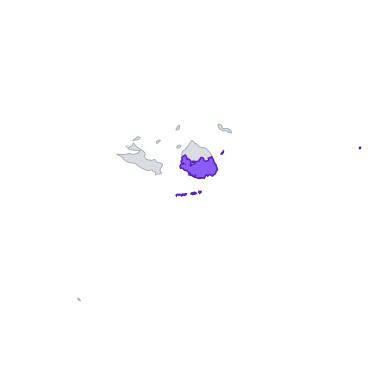 Western highlighted on a map of Fiji, rotated 229°
{"feature_id": "FJI-2620", "entity_name": "Western", "entity_type": "Division", "adm_level": 1, "iso_a3": "FJI", "parent_name": "Fiji", "parent_adm1": "", "projection": "natural_earth1", "projection_center": [177.638, -19.194], "detail": "fine", "context": "in_parent", "style": "filled", "palette": "violet", "viewbox_px": 384, "rotation_deg": 229, "n_neighbors": 0, "source": "natural_earth", "source_scale": "10m", "svg_char_len": 7007}
<svg xmlns="http://www.w3.org/2000/svg" viewBox="0 0 384 384"><g transform="rotate(229 192 192)"><path d="M219.9,201.3L219.9,202.8L220.8,203.4L221.6,203.5L223.7,206.4L226.9,208.9L228.9,210.8L229.0,212.4L228.4,214.1L229.2,217.1L229.6,220.3L231.1,225.3L229.0,226.3L225.9,226.4L225.1,227.3L224.0,226.8L221.4,227.1L218.9,228.8L216.5,231.0L213.7,231.1L210.6,231.5L207.5,231.2L205.3,230.0L201.4,228.7L196.3,227.6L194.1,226.7L192.4,225.2L190.7,221.5L190.5,219.7L190.7,217.9L192.2,217.3L193.5,216.5L193.7,215.3L194.2,214.5L194.9,214.2L195.3,213.7L194.8,211.8L194.6,210.1L197.6,207.0L200.9,204.3L206.6,201.8L210.2,202.1L215.6,200.2L217.3,199.3L219.0,199.8L219.9,201.3ZM269.5,160.5L265.2,165.0L263.6,167.3L262.3,169.9L258.5,172.7L256.9,176.4L257.1,180.1L260.8,176.2L264.9,173.0L266.2,172.4L267.5,172.4L267.4,173.5L266.8,174.6L266.3,177.4L267.4,180.0L264.3,179.8L261.3,180.0L257.6,181.5L254.1,182.1L252.8,182.1L251.5,181.6L250.7,180.9L250.0,179.1L249.3,178.9L246.5,178.9L242.3,182.4L240.9,185.3L239.3,185.4L237.3,184.8L235.0,187.1L232.2,187.9L231.0,186.0L230.3,183.6L229.3,181.9L226.2,181.5L226.7,179.4L227.5,178.5L228.2,177.3L228.7,175.9L230.2,176.8L231.7,177.3L233.3,176.3L235.1,176.2L236.8,173.1L239.6,171.2L243.3,169.6L247.2,168.5L249.2,168.3L251.1,167.7L254.4,164.8L256.6,163.3L259.0,162.4L261.3,161.8L263.5,162.3L265.2,162.1L269.6,160.0L269.5,160.5ZM225.8,255.6L225.8,257.0L222.1,258.0L220.9,256.8L220.1,256.6L217.9,258.7L217.3,259.6L217.1,260.3L216.5,260.6L212.4,261.6L210.7,260.6L211.9,259.9L213.3,258.5L214.8,258.7L216.3,257.4L217.8,255.4L219.9,255.0L221.4,254.2L223.9,254.8L225.8,255.6ZM269.5,187.4L267.3,188.7L266.5,187.5L267.5,184.5L269.5,181.4L269.5,183.9L269.5,187.4ZM250.6,226.0L250.4,226.3L247.9,223.6L248.0,222.5L248.4,221.6L249.4,220.7L250.3,222.2L251.0,224.8L250.6,226.0ZM235.7,213.4L234.2,214.0L233.4,211.9L234.5,209.8L235.8,209.6L236.4,211.8L235.7,213.4ZM252.8,201.1L251.8,202.0L251.4,197.4L252.4,197.4L253.1,197.9L253.5,199.1L252.8,201.1ZM189.8,193.7L188.4,194.2L189.1,191.5L190.0,190.7L190.5,190.5L191.4,190.3L191.0,192.2L189.8,193.7ZM186.5,36.5L185.4,36.9L183.5,36.6L183.2,36.0L183.7,35.9L184.9,35.5L186.4,35.7L186.7,36.1L186.5,36.5ZM269.5,173.1L269.1,173.1L269.1,172.5L269.5,171.4L269.5,173.1Z" fill="#d9dde1" stroke="#a8b0b8" stroke-width="1"/><path d="M205.6,230.1L203.2,229.4L202.5,229.3L201.7,229.0L200.1,228.2L199.4,228.3L198.6,227.9L198.2,227.8L196.8,227.9L196.5,227.9L196.2,227.7L195.8,227.3L195.7,227.2L193.7,226.6L192.8,226.1L192.1,225.1L191.9,225.3L191.8,225.0L191.8,224.3L191.8,223.9L191.7,223.7L191.4,223.3L191.3,222.9L191.2,222.7L190.7,222.4L190.7,222.2L190.8,221.9L190.7,221.6L190.5,221.3L190.4,220.9L190.4,220.7L190.8,220.1L190.9,219.7L190.9,219.3L190.8,219.1L190.6,218.8L190.6,218.5L190.8,217.8L191.2,217.5L192.5,217.4L193.3,217.1L193.5,217.0L193.8,216.6L193.8,216.3L193.8,216.0L193.7,215.7L193.7,214.5L193.8,214.1L194.1,214.1L195.1,214.4L195.3,214.4L195.6,214.1L195.6,213.9L195.5,213.6L195.5,213.4L195.4,213.0L195.3,212.3L195.3,212.0L195.2,211.7L194.7,211.4L194.5,211.1L194.3,210.4L194.7,210.0L195.2,209.8L195.5,209.2L195.6,208.9L196.2,208.8L196.5,208.6L196.6,208.2L196.5,207.8L196.6,207.5L196.9,207.2L197.2,207.6L197.5,207.5L197.6,207.1L197.5,206.7L197.7,206.2L197.9,205.8L198.2,205.6L198.5,206.0L199.8,204.9L201.0,204.1L201.1,203.9L201.2,203.7L201.3,203.6L201.5,203.5L201.9,203.6L202.0,203.7L201.9,203.7L201.7,204.0L201.8,204.6L202.0,205.2L202.2,205.6L202.4,205.4L202.2,204.9L202.1,204.5L202.1,204.1L202.2,203.7L202.4,203.5L203.4,202.9L203.5,202.8L204.7,203.3L204.8,203.1L204.9,202.7L205.0,202.3L205.1,202.1L205.4,202.0L205.6,201.8L205.8,201.7L206.3,201.6L206.5,201.4L206.9,201.1L207.0,201.0L207.1,201.5L207.1,201.9L207.0,202.2L206.9,202.5L206.7,202.8L207.2,203.0L207.6,202.7L207.9,202.2L208.3,201.9L208.9,202.3L209.8,202.4L210.6,202.3L211.3,202.1L212.1,201.7L212.4,201.4L212.7,201.1L213.1,200.8L213.8,200.7L214.2,200.5L215.2,200.6L216.2,200.4L217.1,199.8L217.4,198.9L218.0,199.1L218.8,199.5L219.4,200.0L219.7,200.6L219.8,201.0L220.1,201.7L220.1,202.1L219.9,202.5L219.2,203.3L218.9,203.7L219.2,203.9L219.3,204.2L219.2,204.4L218.9,204.6L219.3,204.6L220.1,203.5L220.6,203.3L221.3,203.3L221.9,203.6L222.4,204.0L222.7,204.6L222.7,204.9L222.6,205.3L222.7,205.6L222.8,205.6L223.3,206.1L223.4,206.3L223.5,206.4L224.7,207.3L224.8,207.3L224.8,207.6L224.7,209.1L224.5,210.6L224.3,210.9L224.1,211.2L223.9,211.2L223.6,211.2L223.0,210.9L222.7,210.7L222.2,210.6L221.7,210.6L221.4,210.6L221.1,210.5L220.4,209.9L220.2,209.8L219.9,209.9L219.8,210.0L219.8,210.3L219.7,210.6L219.4,210.9L218.9,211.1L218.0,211.3L216.4,211.4L215.9,211.3L215.4,211.2L215.2,211.0L214.9,210.7L214.7,210.4L213.9,209.1L213.3,208.3L213.1,208.0L212.8,207.9L212.6,208.1L212.6,208.4L212.6,208.7L212.8,209.4L212.9,209.7L212.8,210.0L212.7,210.3L212.3,211.0L212.1,211.3L212.1,211.7L212.0,213.6L212.1,213.8L212.3,213.9L212.6,213.7L213.4,212.6L213.7,212.3L214.0,212.1L214.4,212.0L214.6,212.0L214.7,212.5L214.7,212.8L214.5,213.1L214.1,213.5L213.6,213.8L212.9,214.4L211.6,216.0L211.5,216.3L211.4,216.7L211.3,216.9L211.2,217.2L211.1,217.4L211.0,217.7L211.0,217.9L211.2,218.2L211.4,218.4L211.6,218.6L211.7,218.9L211.5,219.4L211.5,219.7L211.5,219.9L211.6,220.1L211.8,220.3L212.0,220.5L212.1,221.0L211.8,222.0L211.6,222.2L211.3,222.4L210.6,222.5L210.3,222.6L210.0,222.6L207.8,221.9L207.4,221.9L207.1,221.9L206.6,222.1L206.3,222.3L206.1,222.6L205.9,223.3L205.8,223.6L205.4,224.3L205.2,224.5L205.2,224.8L205.2,225.1L205.4,225.8L205.5,226.0L205.8,226.3L206.0,226.3L206.7,226.3L206.8,226.4L206.9,226.5L206.2,227.8L206.1,228.1L206.0,228.3L206.0,229.3L205.9,229.7L205.6,230.1ZM190.9,191.4L191.0,191.2L191.3,190.3L191.5,190.7L191.5,191.1L191.4,191.6L191.1,191.9L190.9,192.5L190.1,193.2L190.0,193.7L189.8,193.6L189.7,193.5L189.6,193.3L189.3,193.5L189.1,193.7L189.0,194.0L189.0,194.4L188.2,194.2L188.5,194.0L188.5,193.6L188.4,193.2L188.5,192.7L188.9,192.4L189.0,192.1L189.1,191.7L189.2,191.4L189.4,191.2L190.0,190.6L190.3,190.5L190.6,191.2L190.8,191.4L190.9,191.4ZM199.2,177.7L199.8,177.8L200.1,178.0L200.2,178.5L200.0,179.1L199.8,179.5L199.3,179.9L199.2,180.2L199.1,180.3L197.3,182.0L196.9,182.5L196.7,183.1L196.4,182.9L196.1,183.0L195.9,183.2L195.7,183.3L195.5,183.1L195.5,182.9L195.7,182.0L195.7,181.7L195.9,181.7L196.2,182.1L196.8,181.8L197.9,180.5L199.2,179.2L199.6,178.5L199.2,177.7ZM185.8,197.0L186.6,197.3L186.9,197.3L187.4,197.0L187.8,197.7L187.6,197.7L187.5,197.8L187.5,198.0L187.1,198.7L186.7,199.1L186.3,199.2L186.0,198.9L186.0,198.3L186.1,197.8L186.1,197.5L185.8,197.2L185.8,197.0ZM201.8,239.3L201.9,239.7L202.0,240.1L202.0,240.9L202.2,242.5L201.8,242.2L201.4,241.6L201.1,241.0L201.0,240.4L200.9,239.9L201.0,239.7L201.4,239.0L201.5,239.2L201.8,239.3ZM195.9,184.2L195.0,185.0L194.7,185.4L195.1,185.6L195.0,185.9L194.9,186.1L194.7,186.3L194.5,186.5L194.4,186.3L194.2,186.0L193.8,185.4L194.0,185.1L194.7,184.7L194.5,184.1L194.8,184.0L195.4,184.0L195.9,184.2ZM115.2,348.5L114.7,348.0L114.4,347.5L114.6,347.0L115.2,347.0L115.5,347.3L115.7,347.7L115.6,348.2L115.2,348.5Z" fill="#8b5cf6" stroke="#5b21b6" stroke-width="1.5"/></g></svg>